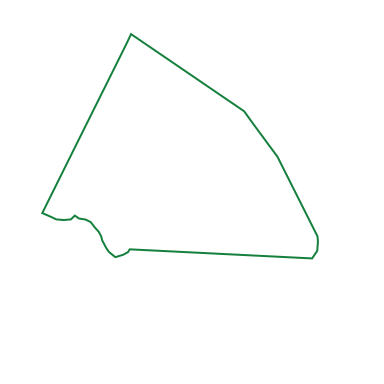 Riachuelo, Rio Grande do Norte, Brazil (Robinson projection), rotated 303°
{"feature_id": "56859067B3974475260071", "entity_name": "Riachuelo", "entity_type": "district", "adm_level": 2, "iso_a3": "BRA", "parent_name": "Brazil", "parent_adm1": "Rio Grande do Norte", "projection": "robinson", "projection_center": [-35.891, -5.815], "detail": "fine", "context": "isolated", "style": "outline", "palette": "green", "viewbox_px": 384, "rotation_deg": 303, "n_neighbors": 0, "source": "geoboundaries", "source_scale": "gbopen_adm2", "svg_char_len": 544}
<svg xmlns="http://www.w3.org/2000/svg" viewBox="0 0 384 384"><g transform="rotate(303 192 192)"><path d="M92.8,77.9L94.4,87.7L95.1,93.1L98.8,99.9L103.0,105.3L108.4,106.6L108.2,111.7L110.9,117.6L111.6,123.5L109.5,129.3L107.8,135.5L105.4,139.9L102.4,143.2L100.4,146.9L98.3,150.6L96.5,154.9L95.6,163.2L101.8,168.4L106.5,171.0L110.0,171.0L201.7,328.9L210.8,329.1L218.7,324.8L223.1,321.5L268.1,244.5L283.1,204.6L288.1,191.8L291.2,54.9L281.6,56.2L232.1,61.9L224.9,62.7L162.1,69.9L92.8,77.9Z" fill="none" stroke="#15803d" stroke-width="2"/></g></svg>